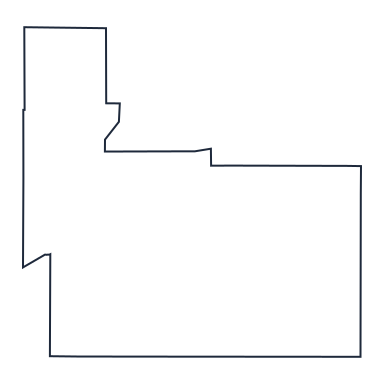 outline of Geary, Kansas, United States of America
{"feature_id": "52423323B10299341155565", "entity_name": "Geary", "entity_type": "district", "adm_level": 2, "iso_a3": "USA", "parent_name": "United States of America", "parent_adm1": "Kansas", "projection": "mercator", "projection_center": [-96.82, 39.045], "detail": "fine", "context": "isolated", "style": "outline", "palette": "slate", "viewbox_px": 384, "rotation_deg": 0, "n_neighbors": 0, "source": "geoboundaries", "source_scale": "gbopen_adm2", "svg_char_len": 460}
<svg xmlns="http://www.w3.org/2000/svg" viewBox="0 0 384 384"><path d="M23.3,109.9L23.4,178.2L23.0,267.4L45.0,254.6L46.7,254.8L47.2,254.7L49.5,254.6L50.3,254.2L49.9,356.2L76.5,356.5L130.9,356.6L360.5,356.8L360.8,193.4L361.0,166.1L347.3,165.9L230.5,165.6L211.1,165.7L210.9,148.7L195.0,151.3L123.1,151.5L104.9,151.5L105.0,139.6L118.9,121.8L119.8,103.4L106.2,103.3L106.0,28.2L24.3,27.2L24.6,109.9L23.3,109.9Z" fill="none" stroke="#1e293b" stroke-width="2"/></svg>